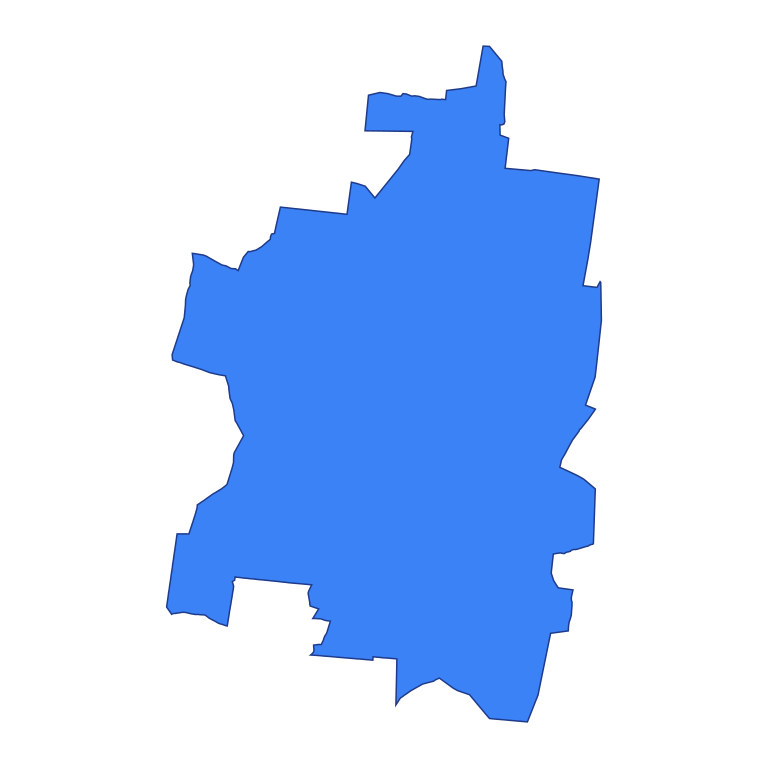 the district of Tunkás, Yucatán, Mexico
{"feature_id": "50627088B40114968381237", "entity_name": "Tunkás", "entity_type": "district", "adm_level": 2, "iso_a3": "MEX", "parent_name": "Mexico", "parent_adm1": "Yucatán", "projection": "mercator", "projection_center": [-88.776, 20.896], "detail": "fine", "context": "isolated", "style": "filled", "palette": "blue", "viewbox_px": 768, "rotation_deg": 0, "n_neighbors": 0, "source": "geoboundaries", "source_scale": "gbopen_adm2", "svg_char_len": 5526}
<svg xmlns="http://www.w3.org/2000/svg" viewBox="0 0 768 768"><path d="M599.0,342.6L601.4,320.3L600.9,289.8L600.7,282.4L600.1,281.7L597.0,287.4L583.0,285.7L587.8,259.6L590.6,242.5L599.2,179.1L576.5,175.5L556.5,172.8L534.6,169.7L530.9,170.6L505.1,168.3L508.7,138.3L500.1,135.1L499.9,124.7L501.7,124.9L503.9,124.1L504.8,121.7L504.2,114.4L505.6,86.7L506.0,81.7L504.7,79.0L503.5,75.5L503.1,74.5L502.9,71.0L502.2,66.0L501.8,61.3L489.5,46.4L483.1,46.1L476.1,86.0L461.1,88.7L446.6,90.5L445.6,99.6L441.6,99.2L440.4,99.6L430.6,99.1L427.7,99.3L425.8,98.8L419.2,96.4L414.8,95.8L411.6,96.1L406.4,94.0L403.0,93.6L400.9,96.2L396.2,96.1L393.0,95.1L387.7,93.6L380.0,92.5L368.5,95.2L365.0,130.8L412.9,131.4L411.4,137.1L411.8,138.8L411.1,144.2L409.6,154.5L404.2,160.6L398.0,169.4L374.9,198.0L365.2,186.2L357.3,183.6L351.4,182.2L351.0,185.2L347.0,214.3L280.4,207.1L275.7,227.6L275.3,229.7L274.8,231.8L274.6,233.4L271.5,234.1L270.5,236.9L270.3,239.4L267.7,241.4L261.6,246.7L258.2,248.8L255.8,250.2L253.0,250.8L250.4,251.6L248.2,251.5L243.4,257.3L238.9,268.7L238.2,270.6L237.5,270.2L235.6,268.8L231.1,268.5L226.1,265.9L222.0,265.0L218.9,263.3L214.4,260.8L206.2,256.1L203.2,255.0L192.3,253.3L193.5,263.3L193.6,265.1L192.7,270.7L191.2,274.7L190.6,276.8L190.3,278.9L190.1,280.9L189.9,283.2L190.2,285.4L189.1,287.5L188.1,289.4L186.4,295.6L185.6,299.6L185.4,305.7L184.5,314.8L184.2,317.8L172.1,354.7L172.6,360.0L177.6,362.0L179.9,362.5L184.2,364.1L192.5,366.6L201.0,369.3L209.6,372.6L219.2,374.8L225.4,375.8L228.8,386.6L228.8,388.8L230.1,398.6L232.2,403.1L232.3,403.3L233.7,409.4L235.2,420.7L236.7,423.0L240.0,429.0L243.6,435.7L234.3,452.6L233.7,454.9L233.5,462.6L232.1,468.1L227.1,484.2L226.1,485.3L222.2,488.3L221.1,489.1L220.1,489.7L219.4,490.1L216.0,492.2L215.4,492.6L213.7,493.5L212.5,494.3L211.4,495.1L207.8,497.6L206.5,498.6L204.3,500.2L203.2,501.0L202.1,501.6L199.4,503.5L197.3,504.9L197.3,505.6L197.0,508.2L196.2,511.0L195.8,512.5L195.0,515.2L194.7,516.2L193.7,519.2L193.4,520.1L193.2,520.9L192.0,524.5L191.4,526.3L191.1,527.3L190.2,529.8L190.0,530.7L189.5,531.9L188.9,534.0L186.7,533.9L183.6,533.9L177.1,533.9L176.8,535.8L176.0,541.5L175.9,542.4L175.1,547.8L174.7,550.6L173.9,555.9L173.4,559.8L173.2,561.1L172.9,563.0L172.7,563.8L172.5,565.8L172.4,566.9L172.2,568.4L172.0,569.5L171.9,569.9L171.8,570.6L171.7,571.5L171.4,573.5L170.9,576.9L170.6,579.4L170.3,581.4L169.7,585.1L169.5,586.9L169.0,590.4L168.7,591.9L168.4,594.3L168.1,596.6L167.6,600.1L167.5,600.7L166.8,605.5L166.6,607.0L169.5,611.2L171.2,613.6L171.6,614.3L173.0,613.6L173.6,613.5L175.9,613.4L176.6,613.2L178.2,612.9L179.3,612.9L180.7,612.5L183.7,612.3L185.0,612.4L186.3,612.6L188.3,613.1L191.2,613.8L194.1,614.3L195.8,614.5L197.2,614.4L200.2,614.7L203.2,614.9L204.2,614.8L205.4,615.3L207.6,616.9L209.3,618.3L209.8,618.5L212.0,619.7L213.6,620.5L214.8,621.1L218.0,623.0L220.0,623.8L223.3,624.7L224.2,625.2L227.2,626.0L227.8,622.6L228.5,618.1L229.0,615.1L229.6,610.8L230.0,608.9L230.1,608.3L230.2,607.5L230.8,604.3L231.0,602.8L232.1,596.3L232.7,592.3L233.4,588.5L233.4,587.3L233.7,586.5L232.3,581.6L234.7,580.1L235.1,577.0L236.9,577.2L237.8,577.3L240.4,577.6L244.1,578.1L246.0,578.2L246.8,578.3L248.2,578.5L251.3,578.8L252.0,578.8L255.5,579.2L258.1,579.5L261.0,579.8L261.6,579.8L265.3,580.2L268.5,580.5L270.3,580.7L270.9,580.8L275.4,581.2L279.0,581.6L283.3,582.1L285.6,582.3L288.5,582.7L290.5,582.9L303.1,584.0L311.7,584.8L308.7,591.1L308.1,593.2L309.9,603.4L309.7,604.2L310.1,605.1L310.2,606.0L318.7,608.9L312.8,618.5L315.1,618.5L318.1,618.7L320.1,618.8L321.4,619.0L324.0,620.0L326.6,620.7L329.7,621.0L330.4,621.2L329.8,623.0L329.4,624.4L328.4,627.4L328.0,629.1L327.8,629.5L327.1,631.8L326.3,633.8L324.8,636.0L323.8,638.6L323.4,640.0L322.6,641.8L321.2,644.6L319.9,644.5L318.3,644.5L316.0,644.8L313.6,645.1L313.7,647.5L313.9,648.3L313.9,650.9L313.7,651.9L313.0,652.7L311.9,653.9L311.5,654.3L310.6,655.0L311.7,655.1L313.6,655.2L316.7,655.4L321.5,655.8L323.0,656.0L326.0,656.2L331.2,656.6L335.6,657.0L337.6,657.2L341.1,657.5L344.5,657.8L348.6,658.1L352.0,658.4L353.2,658.5L357.2,658.9L360.0,659.0L363.0,659.3L367.4,659.7L369.0,659.8L371.8,660.1L372.8,660.2L373.0,658.2L373.1,656.8L373.7,656.8L377.1,657.2L379.7,657.4L383.1,657.8L385.0,657.9L388.1,658.1L389.3,658.2L391.3,658.4L393.7,658.6L394.6,658.7L396.9,658.9L396.6,673.6L395.9,704.9L400.4,698.0L402.3,696.8L404.5,695.1L407.5,693.1L410.7,690.8L422.5,684.1L426.5,683.0L433.5,681.2L435.9,679.6L439.4,678.1L453.1,688.1L457.6,690.6L469.5,694.7L473.1,699.0L485.9,714.3L489.5,718.5L493.2,718.9L527.4,721.9L537.9,695.3L538.0,695.1L541.0,680.3L550.6,633.3L554.2,632.8L568.3,630.9L568.5,626.6L568.9,623.4L569.3,621.6L570.2,619.1L571.3,615.1L571.6,610.6L572.0,605.4L572.0,602.0L571.4,600.4L571.3,597.4L572.2,593.2L573.0,589.9L559.4,588.0L558.2,587.8L553.7,580.7L551.2,573.1L553.3,554.1L554.4,553.8L555.1,553.7L555.7,553.6L558.0,553.2L560.5,552.9L561.5,553.2L564.0,553.6L565.0,553.2L566.1,552.4L567.1,552.1L568.3,551.9L569.2,551.6L570.4,551.3L571.0,550.6L572.4,549.8L573.4,549.6L574.3,549.5L575.2,549.5L575.8,549.5L577.5,549.1L579.4,548.5L582.2,547.7L583.4,547.3L585.2,546.8L586.9,546.3L588.1,546.1L588.6,545.8L589.1,545.4L590.0,545.0L590.7,544.6L592.0,544.4L592.6,544.2L593.3,543.8L593.4,542.9L593.5,540.4L595.3,488.9L588.7,483.3L583.8,479.2L577.5,475.6L559.8,467.3L560.8,463.1L561.5,459.9L563.1,457.1L564.6,454.7L569.6,445.3L572.6,439.9L579.1,431.1L579.6,429.4L580.5,429.0L588.2,419.4L594.5,410.5L594.5,410.4L594.7,410.2L595.4,409.1L585.5,405.1L595.1,377.1L596.2,367.9L599.0,342.6Z" fill="#3b82f6" stroke="#1e3a8a" stroke-width="1.5"/></svg>